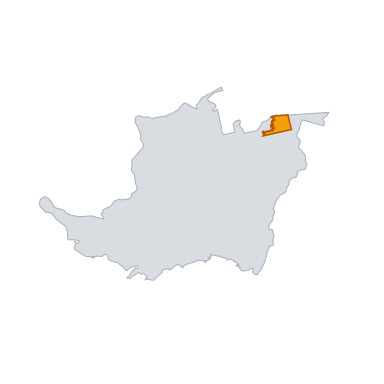 location of La Pedrera, Amazonas, Colombia, rotated 257°
{"feature_id": "7082276B17674180496874", "entity_name": "La Pedrera", "entity_type": "district", "adm_level": 2, "iso_a3": "COL", "parent_name": "Colombia", "parent_adm1": "Amazonas", "projection": "natural_earth1", "projection_center": [-69.992, -1.195], "detail": "fine", "context": "in_parent", "style": "filled", "palette": "amber", "viewbox_px": 384, "rotation_deg": 257, "n_neighbors": 0, "source": "geoboundaries", "source_scale": "gbopen_adm2", "svg_char_len": 7317}
<svg xmlns="http://www.w3.org/2000/svg" viewBox="0 0 384 384"><g transform="rotate(257 192 192)"><path d="M217.7,51.0L214.4,52.6L207.8,54.5L203.2,63.1L200.1,64.6L196.3,69.6L193.5,75.9L191.3,88.7L185.7,99.5L186.1,100.0L188.4,99.5L190.5,98.3L191.3,98.7L192.0,100.6L194.6,101.0L196.6,109.8L200.5,114.3L200.9,116.0L201.4,119.6L200.0,121.8L199.6,129.8L200.8,131.8L203.7,132.6L205.7,137.6L206.9,138.8L208.7,139.5L212.9,138.8L220.6,139.6L222.4,139.5L226.8,137.7L232.2,139.9L236.3,140.2L247.3,155.3L248.4,154.8L249.8,155.7L252.6,154.2L255.0,153.9L258.1,154.7L262.2,154.7L270.6,153.1L271.8,152.3L276.4,153.1L277.8,154.3L278.4,157.1L277.9,158.8L276.3,160.6L275.4,162.8L275.3,165.5L274.4,167.6L273.0,168.9L272.4,170.8L272.7,173.3L271.9,184.6L272.6,185.6L273.1,190.3L275.0,196.3L275.9,198.1L277.5,199.5L280.5,204.5L279.8,206.2L272.3,214.0L271.9,215.8L273.3,215.0L275.7,215.8L276.5,217.6L282.1,223.1L282.0,225.2L283.6,229.3L283.3,230.2L287.2,241.8L287.3,244.3L284.1,245.0L284.0,237.1L283.5,235.6L279.9,228.6L279.1,228.1L276.7,228.8L272.6,234.0L270.7,234.7L269.2,234.0L267.6,231.0L266.6,230.4L265.7,233.0L266.9,235.3L249.0,235.2L245.5,234.3L240.7,235.5L240.6,247.2L249.1,247.4L251.4,250.8L251.2,253.5L251.6,254.5L249.6,255.1L246.6,253.2L241.3,255.5L237.5,256.0L237.2,269.0L239.5,272.2L244.0,275.7L244.7,278.1L244.4,280.3L245.5,283.1L247.0,284.6L247.0,286.3L247.7,288.2L238.8,343.4L235.7,340.0L234.5,337.0L233.0,335.7L230.0,336.7L226.8,335.1L237.1,316.4L236.8,314.7L228.1,310.2L227.2,309.0L223.1,306.5L220.8,307.3L219.5,308.5L216.4,308.9L213.8,306.9L210.8,305.6L207.2,308.7L206.1,308.7L203.5,310.1L200.7,310.6L197.1,309.2L194.2,310.2L192.2,309.9L191.4,309.0L188.8,307.8L188.5,306.6L189.2,304.3L188.1,299.7L187.7,298.9L185.7,298.9L183.4,297.2L183.0,296.2L183.5,294.4L183.0,292.8L180.8,289.2L177.7,288.2L174.7,285.2L171.7,284.1L170.3,281.9L169.0,277.0L165.9,273.2L163.7,271.9L162.9,270.1L160.7,269.9L157.7,267.4L156.3,267.2L155.4,268.4L152.5,267.2L150.1,265.3L147.6,264.9L146.0,263.7L143.1,260.2L139.9,258.5L138.0,259.1L137.4,261.7L136.4,262.2L132.7,261.5L132.1,262.1L131.1,262.0L126.6,260.0L122.2,259.3L121.1,254.9L118.3,253.3L117.4,251.3L115.4,251.5L107.9,247.5L104.7,244.7L102.1,243.2L99.3,240.1L98.8,238.8L96.7,237.0L97.7,234.7L100.3,232.9L103.7,234.3L104.1,231.6L102.9,229.1L103.5,223.7L104.4,222.5L106.2,221.4L107.4,221.8L108.1,220.9L110.9,221.3L111.7,220.9L113.8,218.7L114.8,217.0L115.7,217.2L118.0,214.2L117.6,211.3L119.7,210.6L122.0,205.8L122.9,205.7L123.4,203.4L127.3,195.4L125.9,196.4L124.4,195.8L124.6,193.1L124.2,192.8L122.9,194.9L121.8,192.8L122.1,189.4L120.4,190.0L120.4,189.2L123.0,186.6L124.1,180.7L123.2,178.6L122.7,169.8L122.3,168.1L120.2,165.9L123.5,163.4L124.7,161.5L123.2,157.6L121.3,154.3L121.2,152.3L122.4,152.5L122.9,147.1L121.8,145.0L120.4,144.9L116.1,136.9L114.6,135.2L115.8,131.3L117.1,129.6L116.8,126.7L117.7,126.8L119.5,129.5L120.3,129.1L123.3,126.5L123.3,124.2L125.7,121.7L122.4,113.4L121.3,112.1L122.7,109.5L123.4,109.6L124.7,112.2L126.8,113.9L129.8,118.5L131.1,119.5L130.1,120.6L129.9,121.7L130.4,122.3L132.1,122.4L132.8,121.2L132.4,115.5L131.6,112.7L130.1,110.8L130.6,109.9L133.7,108.6L140.2,103.2L142.4,98.2L144.1,96.4L146.0,95.2L148.3,95.5L150.2,94.8L150.7,93.2L149.5,89.8L150.9,85.0L150.9,82.6L151.8,81.1L151.5,80.5L149.1,82.2L151.6,78.9L153.3,73.7L162.7,64.7L168.8,66.9L170.7,66.7L168.2,67.8L167.8,69.2L168.7,70.5L169.6,70.9L170.4,70.0L172.5,64.7L172.8,61.8L173.7,60.8L175.0,60.5L180.9,61.7L186.6,61.3L195.9,53.7L202.8,50.5L204.6,47.4L205.0,45.0L206.3,44.1L207.6,44.1L208.4,42.8L211.6,40.8L215.0,40.6L218.6,42.4L220.3,45.5L220.6,47.6L217.7,51.0ZM111.0,220.3L110.6,220.7L109.8,220.0L109.5,219.1L110.0,218.4L110.6,218.7L111.0,220.3Z" fill="#d9dde1" stroke="#a8b0b8" stroke-width="1"/><path d="M245.6,302.8L246.9,294.4L246.9,294.2L246.8,293.9L246.8,293.5L246.9,293.3L247.1,293.1L247.2,292.9L247.2,292.7L247.2,292.1L247.2,291.8L247.4,291.5L247.5,291.4L247.8,291.2L247.7,291.1L247.7,290.9L247.6,290.6L247.6,290.3L247.6,290.0L247.6,289.7L247.4,289.3L247.3,289.2L247.3,288.9L247.3,288.6L247.3,288.4L247.4,288.2L247.5,288.0L247.5,287.5L247.5,287.4L247.7,287.2L247.8,287.1L247.8,286.9L247.7,286.6L247.4,286.1L247.2,285.9L246.9,285.9L246.8,286.0L246.7,286.0L246.6,286.3L246.6,286.5L246.8,286.9L246.8,287.1L246.7,287.2L246.7,287.3L246.4,287.3L246.3,287.5L246.5,287.5L246.7,287.8L246.7,288.1L246.7,288.3L246.5,288.5L246.4,288.5L246.2,288.6L245.9,288.5L245.7,288.2L245.4,288.1L245.2,288.1L245.0,287.9L244.9,287.6L244.8,287.4L244.7,287.3L244.5,287.5L244.4,287.6L244.2,287.6L244.0,287.8L244.0,288.2L244.0,288.4L244.0,288.5L243.9,288.7L243.8,288.8L243.7,288.8L243.6,288.7L243.4,288.6L243.4,288.4L243.3,288.1L243.4,287.4L243.3,287.1L243.3,286.9L243.4,286.7L243.5,286.7L243.6,286.8L243.7,287.0L243.8,287.1L243.8,286.8L243.8,286.7L243.7,286.5L243.5,286.4L243.3,286.1L243.2,286.0L243.1,285.7L242.9,285.5L242.8,285.4L242.6,285.3L242.4,285.4L242.3,285.2L242.2,285.1L241.9,285.3L241.9,285.5L242.0,285.8L242.1,286.0L242.3,286.0L242.5,286.1L242.5,286.3L242.4,286.4L242.1,286.4L241.9,286.4L241.7,286.2L241.3,285.4L241.2,285.2L240.8,285.2L240.7,285.3L240.5,285.6L240.4,285.8L240.4,286.0L240.0,286.1L239.7,286.1L239.5,286.3L239.3,286.4L239.1,286.4L238.9,286.3L238.8,286.2L238.8,285.8L238.8,285.7L239.1,285.4L239.2,285.1L239.1,284.9L239.0,284.7L239.3,284.3L239.5,284.2L239.7,284.3L239.8,284.3L239.8,284.2L239.7,283.9L239.4,283.7L239.2,283.7L239.1,283.8L239.0,284.0L238.7,284.1L238.3,284.2L238.2,284.1L238.2,283.9L238.3,283.8L238.3,283.7L238.2,283.6L237.9,283.6L237.9,284.1L237.8,284.3L237.7,284.3L237.6,284.2L237.4,284.0L237.3,283.8L237.2,283.7L236.9,283.7L236.7,283.8L236.4,284.1L236.2,284.4L236.1,284.6L236.1,284.8L236.3,285.0L236.5,285.0L236.6,284.9L236.8,284.8L237.0,284.9L237.0,285.0L237.1,285.3L236.9,285.6L236.5,286.1L236.4,286.5L236.1,286.7L236.0,286.8L235.8,286.7L235.7,286.7L235.5,286.2L235.4,286.0L235.2,286.0L235.1,285.9L234.9,285.8L234.8,285.7L234.7,285.5L234.7,285.3L234.8,285.2L235.2,284.8L235.2,284.7L235.3,284.5L235.2,284.4L234.9,284.4L234.8,284.5L234.7,284.5L234.7,284.9L234.6,285.0L234.3,285.0L234.1,284.9L233.8,284.6L233.6,284.2L233.5,283.9L233.5,283.7L233.7,283.4L233.8,283.4L233.9,283.5L234.1,283.5L234.3,283.4L234.3,283.1L234.5,282.9L234.8,282.7L234.6,282.3L234.5,282.0L234.4,281.7L234.2,281.6L233.9,281.4L233.8,281.2L233.7,281.1L233.6,280.8L233.7,280.6L233.7,280.4L233.7,280.1L233.8,280.1L234.0,280.0L234.3,280.0L234.4,279.9L234.3,279.7L234.2,279.6L234.2,279.4L234.2,279.1L234.3,278.8L234.3,278.7L234.2,278.3L234.3,278.2L234.3,277.8L234.2,277.7L234.3,277.4L234.2,277.3L234.2,277.2L234.0,276.8L233.9,276.7L233.7,276.6L233.6,276.8L233.6,277.0L233.4,277.2L233.2,277.0L233.2,276.9L233.2,276.7L233.3,276.5L233.5,276.1L233.7,275.8L233.8,275.7L234.0,275.6L234.3,275.4L234.4,275.1L234.5,275.0L234.8,275.0L235.0,275.2L235.2,274.9L235.0,274.5L234.9,274.4L234.7,274.4L234.5,274.6L234.4,274.6L234.3,274.4L234.1,274.1L233.9,274.0L233.7,274.0L233.6,274.3L233.4,274.5L233.1,274.4L233.0,274.5L232.9,274.6L232.6,274.7L232.6,274.8L232.6,275.0L232.8,275.1L233.0,275.1L233.3,275.0L233.2,275.4L233.1,275.5L232.9,275.6L232.6,275.5L232.4,275.5L232.3,275.4L232.3,275.2L232.2,275.0L232.1,274.9L231.9,274.9L231.4,275.2L231.2,275.5L231.1,275.4L231.0,275.2L231.2,274.9L231.3,274.9L231.3,274.6L231.1,274.3L230.9,274.0L230.8,273.8L230.7,273.7L230.5,302.9L245.6,302.8Z" fill="#f59e0b" stroke="#b45309" stroke-width="1.5"/></g></svg>